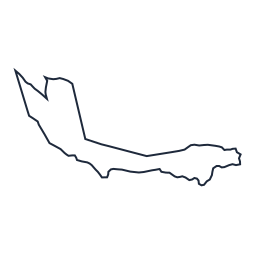 Abreu e Lima, Pernambuco, Brazil
{"feature_id": "56859067B28528753412154", "entity_name": "Abreu e Lima", "entity_type": "district", "adm_level": 2, "iso_a3": "BRA", "parent_name": "Brazil", "parent_adm1": "Pernambuco", "projection": "albers", "projection_center": [-34.996, -7.866], "detail": "fine", "context": "isolated", "style": "outline", "palette": "slate", "viewbox_px": 256, "rotation_deg": 0, "n_neighbors": 0, "source": "geoboundaries", "source_scale": "gbopen_adm2", "svg_char_len": 1483}
<svg xmlns="http://www.w3.org/2000/svg" viewBox="0 0 256 256"><path d="M85.3,139.0L72.3,83.8L68.0,80.8L63.2,79.0L59.7,78.1L56.3,78.9L53.2,79.2L48.0,78.4L45.1,77.2L47.2,80.8L45.9,87.4L45.4,91.9L45.7,94.4L46.9,98.8L42.0,94.4L37.6,90.8L34.7,88.7L32.6,86.5L30.7,84.4L27.7,83.4L25.5,81.7L22.7,77.7L19.3,74.0L15.4,70.7L27.5,110.7L29.1,115.8L32.7,118.1L37.7,121.5L38.8,124.7L44.6,134.4L49.5,143.1L54.2,145.6L60.6,149.1L64.6,153.0L66.5,154.5L68.5,155.8L72.2,155.4L74.8,155.4L76.2,157.7L77.0,160.0L81.8,161.4L87.3,162.4L89.6,163.5L91.7,165.1L94.2,168.0L95.7,169.7L97.8,171.8L99.9,174.5L101.9,177.4L107.1,177.3L108.2,174.5L108.4,171.8L110.9,169.4L113.4,168.9L116.5,169.2L118.9,169.4L121.9,169.6L130.3,171.6L138.9,172.5L143.8,172.0L152.0,170.3L155.4,169.8L159.6,169.0L161.4,171.8L165.9,172.6L169.5,172.7L174.7,176.4L177.3,177.3L180.0,176.9L182.3,176.3L185.5,177.5L189.3,180.1L192.1,179.5L194.4,178.0L196.9,178.6L198.5,180.5L198.9,183.8L201.5,185.3L204.0,184.8L206.8,181.3L209.8,179.5L211.9,175.1L212.4,171.8L213.2,168.3L216.6,166.0L219.2,166.0L221.7,167.4L224.4,167.1L229.2,165.1L232.5,164.2L236.0,165.1L240.1,164.3L240.0,161.5L239.0,158.3L240.6,154.4L236.9,152.2L235.6,148.6L232.7,148.8L230.4,149.6L226.9,149.6L224.4,150.0L221.8,147.3L219.2,146.5L215.3,145.8L211.6,145.3L207.9,144.8L204.0,145.0L199.2,145.5L194.4,144.7L190.8,145.2L187.8,147.3L184.6,149.6L179.1,150.9L171.3,152.2L146.7,156.1L129.9,151.7L109.4,146.3L101.4,144.3L85.3,139.0Z" fill="none" stroke="#1e293b" stroke-width="2"/></svg>